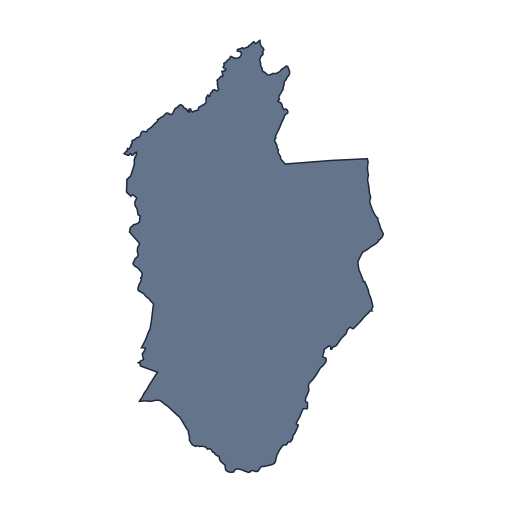 outline of Blantyre, Blantyre, Malawi, rotated 175°
{"feature_id": "42251766B636776762176", "entity_name": "Blantyre", "entity_type": "district", "adm_level": 2, "iso_a3": "MWI", "parent_name": "Malawi", "parent_adm1": "Blantyre", "projection": "orthographic", "projection_center": [34.952, -15.681], "detail": "fine", "context": "isolated", "style": "filled", "palette": "slate", "viewbox_px": 512, "rotation_deg": 175, "n_neighbors": 0, "source": "geoboundaries", "source_scale": "gbopen_adm2", "svg_char_len": 6097}
<svg xmlns="http://www.w3.org/2000/svg" viewBox="0 0 512 512"><g transform="rotate(175 256 256)"><path d="M287.8,43.9L286.3,42.7L285.3,42.5L282.6,41.1L280.8,41.3L279.4,42.5L278.9,42.7L277.7,42.5L274.8,41.2L273.6,41.3L272.5,41.7L270.3,44.6L268.3,46.0L266.5,45.6L259.5,46.6L257.1,47.2L255.5,48.1L254.6,49.5L252.7,55.4L249.5,60.6L246.7,64.0L244.8,65.4L242.5,65.2L242.0,65.4L240.5,67.6L239.3,67.9L238.2,67.7L236.4,69.4L235.5,71.0L234.7,74.0L232.6,76.2L228.8,83.1L228.6,83.7L228.9,84.2L230.4,85.1L230.3,86.3L226.6,91.8L222.4,99.6L221.2,99.8L218.9,99.3L218.3,99.5L218.0,100.0L217.5,105.0L217.6,105.6L219.2,106.7L219.4,107.9L219.0,109.8L215.5,116.3L214.9,118.1L215.1,122.3L214.7,123.5L213.6,125.0L209.9,128.3L206.0,132.8L201.7,138.8L200.2,140.0L199.3,140.4L195.8,144.2L195.3,145.3L195.1,147.7L195.4,148.3L197.5,149.2L198.3,150.1L198.3,150.7L196.6,154.6L196.2,157.0L191.1,160.0L190.5,159.9L189.6,159.1L189.8,156.7L188.9,156.5L187.0,158.8L185.3,159.1L183.5,160.0L178.2,166.5L173.5,170.3L172.8,171.2L171.6,174.2L170.4,175.6L168.8,176.7L168.2,176.8L166.3,175.3L165.7,175.1L165.1,175.3L157.6,181.7L153.1,186.3L148.6,189.8L147.5,191.3L145.2,191.2L145.5,191.6L145.4,192.9L143.9,195.5L145.2,203.7L146.7,208.4L147.2,212.7L148.9,218.1L150.0,221.2L151.2,221.2L152.2,225.4L154.7,233.7L155.1,240.4L154.7,242.0L150.6,248.8L149.1,250.7L145.1,252.4L140.9,255.1L135.4,257.8L133.0,259.7L132.2,261.4L131.6,261.4L128.8,263.7L127.2,266.6L129.8,274.0L130.1,276.5L131.5,280.7L131.2,282.6L133.5,285.7L134.8,288.5L135.8,291.1L138.0,299.7L138.0,300.4L136.7,304.5L137.5,309.3L137.5,315.0L138.2,321.5L137.9,324.0L136.9,326.8L137.3,329.8L137.3,334.4L136.1,340.0L136.6,343.2L171.9,344.6L219.1,345.1L220.2,346.9L222.5,349.8L223.0,350.9L222.9,352.7L225.0,357.1L225.1,357.7L224.4,359.9L225.4,361.5L225.7,365.1L227.2,368.4L227.3,370.3L225.8,372.0L226.3,373.0L225.9,374.2L221.4,381.5L219.3,385.9L216.4,390.6L215.3,393.4L213.5,394.9L211.9,395.7L211.7,396.9L211.9,398.0L212.8,399.6L214.0,399.8L215.2,399.4L215.6,399.8L216.7,402.0L217.0,404.8L217.5,405.9L218.3,406.8L220.4,407.7L220.5,408.9L219.0,409.7L219.4,412.1L219.2,413.2L214.6,419.5L213.9,422.4L213.1,424.1L213.0,425.9L212.6,427.0L211.9,428.0L210.5,429.1L209.8,430.7L207.4,433.3L206.6,434.9L206.5,437.3L207.9,441.9L209.1,442.7L212.2,440.7L214.0,440.0L216.1,437.7L220.3,436.0L223.4,436.4L225.8,435.4L227.9,435.1L229.1,435.7L230.9,438.0L232.6,439.1L232.3,439.2L232.9,439.2L233.5,440.0L233.6,442.5L234.7,444.7L234.6,447.8L235.3,451.0L233.5,454.7L231.6,456.0L231.2,457.5L231.8,458.2L231.7,458.7L230.2,460.7L230.6,462.3L232.4,464.4L233.0,466.0L233.5,469.8L232.9,470.9L236.7,468.2L237.8,467.7L238.6,468.1L239.2,469.5L239.8,469.6L242.0,468.0L242.7,467.1L244.8,466.1L245.9,464.7L247.6,464.6L249.8,463.7L251.3,464.6L251.8,464.6L252.9,464.0L256.3,463.4L256.7,463.0L256.9,461.9L253.9,460.9L253.5,460.6L253.0,459.5L253.1,457.7L254.6,455.8L256.7,454.7L258.5,454.7L260.9,455.4L263.4,457.0L264.0,457.0L265.1,454.9L267.6,453.3L268.8,451.9L270.9,451.0L271.3,450.4L271.0,448.7L272.2,447.3L272.2,446.7L271.6,445.8L270.0,445.0L269.8,444.4L271.0,443.2L274.0,442.9L273.3,440.0L273.3,438.2L273.7,437.9L274.9,438.2L275.4,437.9L277.5,435.8L279.5,434.5L279.1,432.5L279.5,431.3L279.3,427.2L278.6,425.6L279.8,424.3L280.5,423.9L283.1,425.3L284.3,425.1L284.8,424.8L285.2,423.7L287.0,422.3L288.1,419.5L288.6,419.1L289.2,419.1L289.4,420.3L289.9,420.6L290.3,420.2L292.0,417.8L292.3,414.0L292.7,412.9L295.0,411.2L296.7,410.8L298.7,409.6L299.9,409.3L301.1,406.4L305.1,405.7L306.6,404.9L308.3,406.9L308.5,407.5L308.2,408.0L309.1,408.4L309.6,408.2L310.5,407.1L310.5,406.5L309.6,405.8L309.6,405.2L310.2,405.1L311.6,406.2L311.9,407.4L312.8,408.1L312.7,408.7L314.8,409.7L315.8,411.9L317.6,413.3L318.8,413.1L319.4,412.5L320.5,412.0L321.2,411.1L323.5,410.1L324.9,408.3L326.3,405.7L327.5,404.4L328.6,404.4L331.7,406.2L333.3,406.0L335.9,403.5L336.5,403.4L337.4,402.6L338.5,402.5L340.5,401.1L342.2,400.6L342.6,398.3L344.4,397.5L348.9,393.5L353.0,391.1L354.2,389.1L357.0,390.0L358.2,390.0L359.0,389.5L359.5,389.2L361.4,385.0L362.5,384.5L363.7,384.5L364.8,384.0L366.6,382.6L369.4,381.7L369.8,378.8L371.0,377.4L371.1,376.8L370.6,376.4L370.8,375.9L371.8,375.4L372.6,374.5L372.7,373.9L373.1,373.6L373.7,373.6L374.6,374.3L374.9,373.9L374.9,372.1L376.0,371.7L378.5,369.4L375.4,367.7L374.2,367.4L373.6,367.7L372.4,369.0L371.8,368.9L371.1,367.3L370.5,367.2L369.3,367.4L368.2,368.8L367.7,368.9L366.8,369.6L366.1,369.8L366.0,369.5L366.3,367.4L367.2,365.8L367.9,365.1L368.0,364.9L367.6,364.5L369.0,362.5L369.0,359.5L369.5,357.3L373.8,346.8L378.1,343.3L378.4,338.6L379.3,332.9L379.3,330.7L375.4,326.4L374.9,327.1L373.5,327.8L370.8,325.4L369.8,324.0L372.0,320.4L372.1,316.9L370.3,313.0L369.9,307.3L367.7,305.9L368.7,303.8L368.6,301.5L369.9,299.5L370.9,298.9L374.0,297.9L374.6,298.1L375.6,297.7L376.4,296.5L378.2,295.8L379.3,294.0L379.3,292.5L380.0,291.0L371.0,278.8L371.0,278.2L373.2,274.6L373.8,271.6L373.8,270.4L373.2,268.1L373.7,266.4L374.5,265.4L377.0,263.6L377.9,261.5L379.2,259.6L379.0,258.4L378.1,256.9L374.8,254.4L370.8,248.9L371.3,247.3L371.3,245.5L372.7,244.4L372.8,243.8L372.3,243.5L372.2,243.0L372.7,241.3L375.3,237.2L375.3,236.6L376.4,234.4L376.5,232.4L375.9,231.4L374.3,230.7L373.5,229.7L372.0,228.9L371.0,228.0L368.9,225.0L366.6,223.0L364.2,219.5L362.4,217.7L362.2,216.6L362.5,216.4L366.3,198.4L368.2,191.8L369.4,190.4L373.0,182.7L378.1,174.5L377.1,174.6L375.4,174.0L374.4,174.0L374.2,173.2L374.8,172.1L377.9,168.3L377.0,162.8L379.7,161.5L380.3,161.5L380.9,160.5L382.5,160.0L381.1,158.9L380.6,157.7L380.7,156.5L364.3,148.8L374.0,136.2L376.0,133.0L379.4,129.1L381.7,125.2L384.2,122.4L384.8,121.4L379.2,121.4L374.1,120.4L368.1,121.0L365.0,120.7L363.3,119.7L359.3,115.8L357.1,114.1L348.5,104.5L345.8,101.9L340.0,89.8L338.6,87.8L338.7,85.4L338.1,82.5L338.4,78.2L336.0,73.5L332.9,71.6L331.0,72.0L329.3,71.5L328.9,71.1L327.1,71.3L323.6,70.5L322.2,69.3L321.2,67.7L319.1,68.1L317.5,67.2L316.2,64.4L314.6,63.6L313.9,61.9L312.0,60.3L310.3,59.7L310.0,56.1L308.7,54.0L305.2,50.5L304.9,45.5L303.1,43.7L300.1,42.7L297.0,42.8L296.1,44.3L295.0,45.1L293.8,45.5L292.4,45.4L287.8,43.9Z" fill="#64748b" stroke="#1e293b" stroke-width="1.5"/></g></svg>